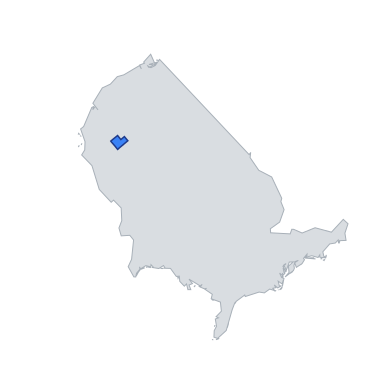 location of Lincoln, Nevada, United States of America, rotated 50°
{"feature_id": "52423323B70783042425825", "entity_name": "Lincoln", "entity_type": "district", "adm_level": 2, "iso_a3": "USA", "parent_name": "United States of America", "parent_adm1": "Nevada", "projection": "orthographic", "projection_center": [-114.284, 37.76], "detail": "fine", "context": "in_parent", "style": "filled", "palette": "blue", "viewbox_px": 384, "rotation_deg": 50, "n_neighbors": 0, "source": "geoboundaries", "source_scale": "gbopen_adm2", "svg_char_len": 4249}
<svg xmlns="http://www.w3.org/2000/svg" viewBox="0 0 384 384"><g transform="rotate(50 192 192)"><path d="M298.5,120.7L312.4,111.0L310.2,93.7L316.6,92.9L321.8,101.3L328.1,105.1L324.0,110.4L324.7,112.2L322.7,110.8L323.2,115.0L320.3,119.9L321.9,130.2L326.3,132.5L327.7,131.1L326.4,129.7L327.3,130.2L328.4,131.9L324.2,136.0L322.3,134.5L323.2,137.5L317.8,141.2L315.0,147.1L314.6,144.8L313.5,143.8L314.5,149.2L316.2,149.4L317.6,153.7L316.8,160.5L312.2,158.8L312.7,154.5L311.5,157.9L313.9,161.2L316.2,162.6L317.4,164.8L316.9,175.3L316.0,169.4L310.8,165.8L310.6,159.4L308.2,162.5L312.5,169.9L308.5,169.0L307.6,169.7L307.5,166.8L307.2,166.0L306.9,168.5L307.5,170.2L313.4,171.1L312.9,173.0L309.8,171.2L308.8,171.1L312.7,173.2L314.1,173.3L314.2,175.7L312.2,174.8L315.6,176.8L315.2,177.4L313.5,176.4L310.4,177.0L315.1,178.3L317.3,177.1L322.4,183.4L318.2,178.7L320.3,182.1L315.7,183.3L320.2,185.5L321.3,183.7L320.6,188.0L316.1,188.7L319.2,189.3L317.7,192.0L320.7,192.0L316.3,194.9L315.8,201.4L311.8,204.9L306.3,218.4L304.8,217.8L304.2,228.2L304.5,230.6L308.0,236.9L320.1,254.8L320.6,266.5L317.3,268.5L312.5,264.1L310.6,259.5L304.3,255.8L305.4,252.6L303.0,253.7L302.2,246.1L294.6,241.0L286.1,245.9L283.4,242.2L274.5,244.7L275.2,242.7L274.0,244.8L270.1,246.8L269.3,243.6L269.2,246.1L256.8,250.3L262.5,250.5L261.3,254.0L266.0,255.7L264.2,257.9L258.9,255.3L259.2,258.4L252.6,258.8L248.3,255.8L246.6,258.3L236.7,257.6L231.9,263.0L233.1,261.5L230.0,261.1L229.3,266.6L224.0,271.2L225.2,269.9L221.3,270.1L222.9,271.7L218.7,274.7L217.8,280.9L215.6,280.3L217.6,281.6L218.6,286.8L220.9,289.7L219.7,291.1L208.2,288.9L204.7,281.5L191.2,267.6L185.2,267.5L180.1,274.4L172.6,271.1L168.8,264.2L158.7,256.5L147.8,257.3L147.9,260.5L130.4,261.4L107.5,251.7L92.7,252.7L90.8,247.1L84.7,241.6L72.1,236.8L72.2,232.9L62.8,214.4L63.3,212.6L65.2,215.1L64.2,211.1L68.7,211.2L60.3,210.9L54.6,193.8L56.9,185.2L55.6,175.1L58.4,169.0L61.4,150.9L65.2,151.7L61.1,150.4L62.8,145.6L61.4,145.5L59.9,135.1L69.0,137.7L66.6,143.0L70.0,139.4L69.3,143.9L67.0,144.8L68.5,145.1L70.4,143.4L71.5,138.9L69.6,131.6L200.1,124.2L199.4,121.6L203.0,125.4L218.3,126.9L231.7,121.3L254.5,127.3L256.5,130.1L264.7,132.8L271.4,144.2L270.5,155.6L273.8,158.0L287.2,143.7L284.7,139.5L285.8,138.2L294.2,134.0L298.5,120.7ZM320.4,142.3L322.7,140.4L315.2,147.9L320.9,140.7L320.4,142.3ZM69.9,136.0L70.9,139.0L70.7,139.4L69.2,137.1L69.9,136.0ZM220.6,288.8L218.5,284.4L218.3,281.7L218.9,284.5L220.6,288.8ZM324.8,110.4L325.5,111.8L325.0,111.7L324.8,110.4ZM248.7,257.2L249.2,258.2L248.0,257.6L248.7,257.2ZM76.8,241.6L78.3,241.0L76.8,241.6ZM75.3,241.1L74.6,241.8L74.2,241.1L75.3,241.1ZM326.5,134.9L326.3,136.1L326.0,136.0L326.5,134.9ZM218.8,279.1L218.2,281.4L219.7,276.9L218.8,279.1ZM316.4,248.8L318.7,252.3L316.1,248.5L316.4,248.8ZM84.2,245.5L84.8,246.7L84.1,245.6L84.2,245.5ZM321.3,266.8L320.5,268.6L321.6,265.2L321.3,266.8ZM323.7,185.7L323.2,187.8L322.6,183.7L323.7,185.7ZM68.9,133.6L68.8,134.4L68.3,134.0L68.9,133.6ZM223.1,272.5L221.2,273.9L223.1,272.2L223.1,272.5ZM329.0,133.9L329.4,134.9L328.6,135.1L329.0,133.9ZM84.1,248.8L84.5,250.2L83.9,248.9L84.1,248.8ZM220.8,274.8L220.0,275.5L220.6,274.5L220.8,274.8ZM317.7,166.7L317.4,169.3L317.5,165.8L317.7,166.7ZM231.5,264.1L230.2,265.2L231.9,263.3L231.5,264.1ZM304.7,229.2L305.0,231.0L304.5,229.9L304.7,229.2ZM321.2,192.1L320.9,192.6L321.5,190.8L321.2,192.1ZM289.2,244.4L287.9,245.8L287.3,245.8L289.2,244.4ZM269.4,246.7L269.2,247.1L268.3,247.3L269.4,246.7ZM309.1,260.3L309.6,261.4L308.7,260.1L309.1,260.3ZM266.0,250.3L266.0,251.5L265.5,249.5L266.0,250.3ZM318.6,271.0L317.8,271.5L318.9,270.7L318.6,271.0ZM317.6,154.5L317.6,155.7L317.6,154.0L317.6,154.5ZM322.5,188.5L322.2,189.1L322.5,188.5Z" fill="#d9dde1" stroke="#a8b0b8" stroke-width="1"/><path d="M111.6,220.5L111.5,219.8L111.5,219.7L111.5,219.4L111.5,219.2L111.5,218.8L111.5,218.4L111.5,217.8L111.5,217.4L111.5,217.0L111.5,216.9L111.5,216.7L111.5,216.1L111.5,215.8L111.5,215.0L111.5,214.9L111.6,214.6L111.5,214.2L111.5,213.2L111.5,212.1L111.5,211.3L111.5,211.2L111.5,210.2L111.5,209.5L111.5,209.2L111.5,208.2L110.9,208.2L106.1,208.2L106.1,212.8L100.9,212.7L100.8,218.4L100.8,221.4L100.8,221.5L101.7,221.6L107.4,221.5L110.9,221.6L111.6,221.6L111.6,220.8L111.6,220.5Z" fill="#3b82f6" stroke="#1e3a8a" stroke-width="1.5"/></g></svg>